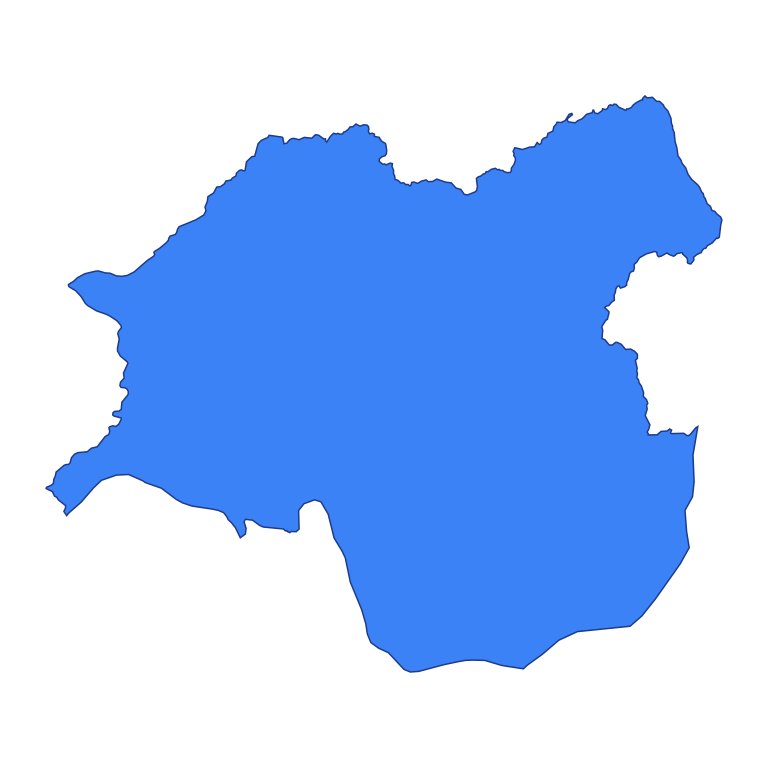 the district of Murung Raya, Kalimantan Tengah, Indonesia
{"feature_id": "22746128B54866510421393", "entity_name": "Murung Raya", "entity_type": "district", "adm_level": 2, "iso_a3": "IDN", "parent_name": "Indonesia", "parent_adm1": "Kalimantan Tengah", "projection": "orthographic", "projection_center": [114.086, -0.044], "detail": "fine", "context": "isolated", "style": "filled", "palette": "blue", "viewbox_px": 768, "rotation_deg": 0, "n_neighbors": 0, "source": "geoboundaries", "source_scale": "gbopen_adm2", "svg_char_len": 6086}
<svg xmlns="http://www.w3.org/2000/svg" viewBox="0 0 768 768"><path d="M697.8,426.6L695.8,427.8L689.9,434.9L688.0,435.6L686.9,435.5L683.7,433.3L671.4,433.6L670.5,433.0L671.6,430.1L669.7,429.0L667.0,431.0L661.1,431.4L657.0,434.9L648.2,434.9L648.2,433.5L647.1,432.1L648.7,429.3L649.9,424.8L645.2,415.6L647.2,409.0L646.6,405.3L647.8,403.3L646.4,399.5L643.3,396.4L643.6,392.7L641.3,385.9L639.1,382.8L638.5,379.9L636.8,377.5L637.5,373.9L636.7,370.8L637.2,368.4L635.4,360.2L637.4,358.4L637.4,354.3L634.5,351.2L630.7,349.1L625.5,349.4L621.3,344.3L616.9,342.3L615.5,342.4L612.2,345.1L609.2,344.9L604.9,339.7L602.0,338.5L602.7,330.4L601.8,326.6L605.7,320.4L607.4,319.3L609.0,312.8L608.9,311.7L604.7,307.5L606.2,306.1L608.9,305.5L611.6,302.2L614.4,300.2L614.1,295.2L615.3,292.5L615.9,288.8L617.5,286.3L618.9,285.8L620.4,288.1L624.8,286.7L626.6,285.2L626.7,282.4L628.2,279.6L629.6,273.7L630.7,272.1L633.5,271.0L634.3,268.3L634.1,264.4L636.7,262.2L639.5,257.8L646.3,253.9L654.5,251.5L656.6,252.1L657.5,255.6L658.6,256.7L660.9,256.3L667.0,252.9L668.8,254.3L673.5,256.2L675.1,255.5L676.5,253.8L681.3,252.7L682.5,252.9L682.8,254.2L686.9,257.9L687.6,260.3L687.4,262.4L688.1,263.4L690.8,264.0L693.9,260.1L693.6,257.2L697.1,254.4L701.2,252.6L702.2,250.5L704.0,248.5L705.8,248.2L707.3,245.7L712.3,242.9L716.6,238.0L717.6,238.5L719.3,237.2L720.8,224.5L721.9,220.0L720.7,217.0L717.1,214.2L714.7,211.3L711.9,210.4L710.4,206.3L707.2,203.8L705.0,198.1L704.1,197.2L703.1,193.3L702.0,192.6L699.6,187.4L697.6,184.7L691.7,179.5L688.1,174.4L685.6,167.7L682.1,163.4L680.8,159.8L678.0,155.9L676.8,147.6L675.1,141.7L674.2,132.7L672.4,127.8L672.7,126.5L671.4,123.3L671.0,118.4L667.8,110.9L664.2,107.0L663.4,105.0L659.6,101.4L656.6,101.3L652.4,97.3L647.3,97.9L644.9,96.0L642.6,98.4L642.7,99.9L641.0,100.1L636.2,102.7L633.0,105.2L631.6,107.3L628.5,108.9L626.7,108.9L625.9,110.4L618.8,107.2L616.2,104.4L614.0,104.1L612.5,105.6L610.5,104.7L608.7,105.7L607.4,108.6L605.5,109.5L602.5,108.8L602.3,110.5L597.9,113.7L594.8,113.0L593.6,110.1L593.0,110.1L592.2,112.7L586.7,114.2L582.1,118.8L577.6,120.8L575.3,122.8L568.3,121.9L567.3,120.0L567.5,118.6L572.4,114.7L571.8,113.4L569.1,114.3L565.3,120.5L561.2,122.5L557.0,122.2L556.2,124.2L553.8,126.8L552.9,131.1L547.9,133.4L547.0,137.0L543.4,138.4L541.8,140.3L541.1,143.4L540.3,144.1L539.1,144.4L537.2,142.5L534.5,146.8L529.6,147.1L522.6,149.5L514.8,147.7L513.1,151.4L514.2,153.8L513.7,155.6L515.3,157.8L515.4,160.4L514.0,164.4L511.3,168.3L511.3,171.0L510.0,172.5L507.1,172.6L504.0,171.6L502.8,170.4L500.2,170.4L499.1,169.4L497.6,169.8L495.4,168.3L491.3,169.3L488.0,171.7L486.2,171.6L485.2,173.5L483.4,173.9L480.7,176.1L478.3,176.8L476.4,178.4L477.4,186.5L476.7,190.3L475.1,191.9L467.6,194.9L464.3,194.4L460.8,189.4L455.9,188.0L451.4,182.9L445.8,182.2L436.7,179.1L432.9,181.4L428.3,181.7L426.2,179.9L421.4,181.1L417.7,183.4L413.8,182.0L411.8,182.4L410.8,185.4L409.8,185.9L408.1,184.5L405.5,184.5L403.8,182.8L400.8,183.0L398.1,180.4L395.1,179.4L394.6,175.6L393.6,174.3L393.5,170.1L392.0,166.4L392.4,163.6L390.0,163.1L386.4,164.8L384.6,164.0L382.6,164.2L379.2,161.3L379.5,158.7L382.3,156.6L385.0,155.8L386.4,153.8L386.7,150.3L385.8,144.4L385.3,143.4L381.2,140.9L380.6,139.3L379.6,138.8L379.4,137.4L374.4,136.4L374.4,134.1L372.3,133.2L369.5,133.8L368.3,130.9L368.9,129.7L368.5,126.6L367.1,125.1L363.6,124.8L359.9,126.2L356.0,124.0L352.6,126.9L350.2,126.8L347.8,129.8L344.9,131.9L343.8,131.9L342.6,133.9L340.0,134.2L337.8,133.3L336.6,134.0L333.5,133.3L330.5,136.3L326.7,142.1L325.7,141.2L325.4,138.8L324.0,139.1L318.8,135.3L316.1,134.7L314.9,135.1L311.9,138.2L304.3,137.4L299.1,139.7L294.0,138.4L291.8,138.6L289.7,139.7L286.8,143.2L283.9,143.7L282.9,138.0L282.0,137.1L269.1,135.3L267.8,137.5L261.3,140.4L258.1,143.7L254.7,156.2L251.8,156.7L246.5,161.8L245.1,170.3L244.3,171.0L241.4,169.9L239.4,170.4L236.4,173.2L236.0,175.9L232.4,178.0L230.8,180.1L225.9,181.0L224.5,183.7L220.6,186.6L216.7,187.1L213.7,192.9L207.9,196.7L207.3,201.6L205.0,207.0L206.0,210.7L203.9,214.9L195.9,219.8L179.1,226.7L177.6,229.0L176.6,232.7L175.0,234.7L170.2,236.0L169.0,237.8L168.3,240.4L166.1,242.9L159.7,248.2L154.3,251.6L153.9,252.5L154.7,254.4L153.7,256.2L147.4,260.4L134.2,271.9L127.1,275.5L121.9,276.3L116.4,275.9L110.0,273.2L105.2,272.9L98.7,271.0L95.9,271.1L84.9,273.7L77.5,277.7L73.6,281.3L68.8,284.2L68.3,285.1L69.1,286.8L75.8,290.8L81.2,296.7L85.3,303.3L87.6,305.5L96.6,310.9L106.4,314.3L110.4,316.4L116.8,320.6L121.1,325.6L121.3,327.8L118.5,331.3L117.8,333.6L119.2,339.2L117.5,348.1L117.5,351.0L120.3,356.0L127.2,361.8L127.9,363.4L123.5,373.0L124.2,378.1L120.5,382.2L119.9,385.6L121.0,387.4L124.9,387.8L126.6,388.6L128.2,391.2L128.3,393.4L127.8,395.0L121.9,402.2L121.2,409.5L118.8,411.1L114.5,411.4L112.9,412.9L112.8,415.1L113.9,416.0L121.1,418.0L121.2,419.3L118.8,424.2L116.1,426.4L112.6,425.8L109.7,426.8L108.9,427.7L109.7,431.3L109.3,433.3L108.4,434.7L105.1,436.6L97.2,446.8L91.4,448.2L87.1,451.8L77.9,452.6L74.5,454.2L71.5,457.7L69.9,463.3L68.3,464.5L65.7,464.6L63.9,465.5L56.2,472.0L55.1,476.7L53.8,479.2L53.4,483.5L51.0,485.4L46.5,487.3L46.1,488.6L52.4,491.6L54.5,496.1L56.7,497.2L58.5,500.0L65.6,505.6L65.5,508.0L63.9,511.5L66.7,515.6L68.9,512.9L81.1,502.2L93.4,488.0L101.5,480.3L116.3,475.1L128.6,474.5L142.8,480.8L145.4,482.6L161.4,488.2L176.4,499.5L182.6,502.9L192.2,506.1L212.3,509.1L218.0,510.3L223.6,512.6L226.6,516.4L228.3,519.8L231.4,522.6L235.5,527.8L240.3,537.8L245.4,534.0L246.1,528.3L244.1,521.8L245.4,519.3L252.6,520.2L259.6,525.4L263.2,527.0L283.6,529.0L285.2,530.8L287.0,530.6L287.2,531.5L289.7,532.6L291.4,531.5L296.2,531.7L299.1,529.0L298.6,510.5L304.0,503.7L314.7,499.8L321.0,501.9L328.2,514.2L334.1,538.0L342.2,551.3L345.3,557.9L350.3,582.0L361.7,609.7L365.8,623.8L367.4,634.1L370.9,642.6L378.8,648.3L388.4,652.7L404.0,669.4L410.3,672.0L418.7,671.4L444.2,664.6L459.0,661.5L466.2,660.3L472.6,660.1L484.8,660.4L502.0,665.5L523.4,668.8L527.4,665.1L542.7,654.0L558.8,640.2L577.4,631.6L630.1,626.2L641.9,615.9L655.3,599.1L680.1,564.0L689.2,547.7L686.6,531.5L685.0,510.4L692.5,496.8L694.1,481.7L693.0,455.1L697.8,426.6Z" fill="#3b82f6" stroke="#1e3a8a" stroke-width="1.5"/></svg>